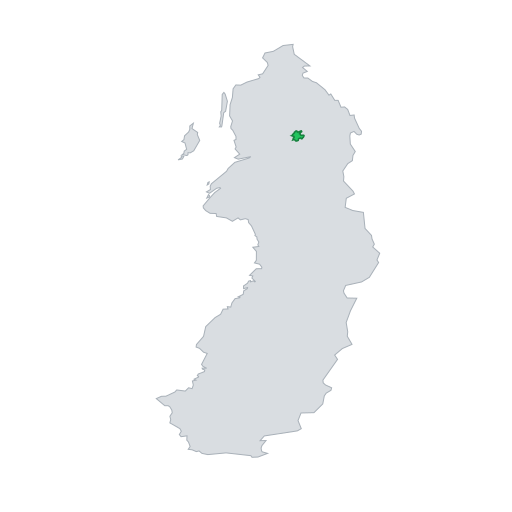 Skövde, Västra Götaland, Sweden shown in context, rotated 162°
{"feature_id": "70781695B28625719623637", "entity_name": "Skövde", "entity_type": "district", "adm_level": 2, "iso_a3": "SWE", "parent_name": "Sweden", "parent_adm1": "Västra Götaland", "projection": "natural_earth1", "projection_center": [13.916, 58.441], "detail": "fine", "context": "in_parent", "style": "filled", "palette": "green", "viewbox_px": 512, "rotation_deg": 162, "n_neighbors": 0, "source": "geoboundaries", "source_scale": "gbopen_adm2", "svg_char_len": 4761}
<svg xmlns="http://www.w3.org/2000/svg" viewBox="0 0 512 512"><g transform="rotate(162 256 256)"><path d="M122.5,340.6L124.3,344.2L128.2,343.8L129.7,341.1L131.7,333.3L129.3,324.7L132.7,321.7L134.9,316.9L140.2,315.5L147.2,310.0L147.9,304.4L149.6,300.2L143.7,287.7L143.2,284.6L152.3,283.0L156.2,274.7L150.0,269.4L140.4,264.3L143.8,248.5L139.8,239.9L140.4,236.3L139.8,230.7L142.2,228.5L137.5,220.4L142.2,214.8L141.4,211.9L154.8,200.7L163.6,198.7L179.8,200.3L183.6,195.9L183.8,193.5L182.3,187.9L173.2,184.7L183.1,174.7L190.8,164.9L192.2,155.5L194.0,151.5L192.0,142.3L202.5,141.3L211.8,137.5L210.4,132.5L230.7,117.3L231.3,114.6L229.8,111.9L224.8,107.3L226.2,105.1L231.6,103.9L234.3,101.8L238.2,94.7L249.3,89.1L261.7,92.8L266.9,86.5L266.3,77.8L270.7,76.9L303.7,82.3L309.2,79.1L303.5,77.4L308.9,73.9L310.5,71.8L310.9,69.2L310.7,67.9L306.0,64.7L316.3,64.2L322.0,65.8L322.6,67.7L345.3,78.0L363.2,82.0L368.4,85.0L370.4,88.2L373.2,88.4L376.6,91.4L380.2,93.1L377.5,95.2L377.7,100.0L378.7,102.2L377.2,106.3L383.1,107.3L384.1,109.9L381.2,112.4L381.7,115.3L389.5,123.9L387.7,126.7L387.4,130.2L384.1,132.8L383.7,135.5L384.5,139.0L385.7,140.7L389.0,141.8L394.9,151.2L389.3,151.8L385.0,150.5L375.2,151.7L372.8,153.1L365.0,149.4L360.8,151.5L357.8,149.6L355.5,152.6L355.1,156.8L351.5,156.5L352.9,158.0L348.1,158.6L347.8,159.3L348.8,160.3L347.4,161.6L340.8,162.0L339.9,163.4L341.9,165.0L341.9,166.0L337.6,164.5L340.6,167.5L341.3,169.7L332.5,178.4L335.6,180.7L338.3,185.7L341.1,187.9L340.0,190.2L330.7,195.8L325.6,204.4L313.9,210.1L307.7,211.5L303.7,215.6L299.0,214.3L298.9,216.7L295.8,215.2L293.4,218.8L289.1,221.9L284.4,221.3L283.9,221.9L285.4,222.7L280.0,223.5L278.4,226.7L274.4,227.6L273.8,228.6L277.9,228.8L277.1,231.4L272.5,232.7L270.8,234.4L268.8,234.3L269.2,233.1L266.1,233.1L265.1,231.7L264.5,232.0L266.7,236.3L265.2,238.0L268.1,239.6L259.7,243.8L254.6,242.2L253.9,243.5L255.1,247.1L259.6,249.9L257.0,251.8L254.2,260.2L256.3,265.3L250.4,264.2L250.8,266.1L249.0,268.4L249.8,271.7L249.3,273.9L250.7,275.8L249.9,276.8L251.0,286.0L252.7,290.0L252.2,293.1L254.6,294.8L259.7,295.2L261.3,297.8L267.7,296.3L272.4,301.4L281.2,305.8L280.8,308.7L286.5,310.8L289.8,314.7L291.2,318.0L290.8,320.0L282.2,325.4L275.6,329.1L268.8,331.3L269.1,332.2L272.5,332.6L280.8,330.0L283.3,332.3L278.8,333.3L278.0,336.5L276.1,338.5L257.8,345.7L255.4,347.9L247.2,351.6L232.4,351.3L230.2,352.1L243.0,353.6L246.1,356.2L240.0,357.9L242.8,364.3L241.2,365.8L241.2,372.8L239.0,373.0L238.1,375.9L239.3,382.9L240.4,384.9L240.0,386.9L236.6,391.7L237.8,397.4L233.9,407.9L229.5,414.0L226.1,422.1L222.3,424.9L217.7,423.2L210.9,424.2L198.5,423.9L197.0,424.7L197.9,427.6L193.4,427.2L185.6,433.5L185.4,436.5L188.5,442.4L184.7,446.3L176.3,445.3L165.2,447.8L155.3,445.8L156.5,443.8L157.3,436.0L146.0,420.1L151.3,421.7L153.5,420.9L150.2,415.7L154.8,415.4L156.2,413.5L155.4,410.5L151.7,409.2L148.4,404.6L145.0,402.1L139.0,392.8L136.9,386.4L134.8,387.0L133.0,379.7L129.8,378.6L129.2,371.2L125.7,370.4L123.5,367.0L123.2,360.6L119.1,359.8L119.7,356.7L118.4,345.5L117.1,342.0L118.3,339.4L120.5,339.2L122.5,340.6ZM294.8,375.2L292.9,375.9L291.9,377.9L289.0,378.9L288.6,385.4L291.3,387.9L288.6,388.9L286.8,392.4L281.8,394.7L279.8,396.9L278.8,400.1L274.5,401.7L277.5,397.0L273.3,391.5L274.3,389.6L273.8,383.3L282.7,375.3L286.8,374.4L288.7,375.3L289.4,373.3L290.7,372.9L294.8,375.2ZM238.2,420.1L236.0,421.5L235.3,419.5L235.4,412.0L240.2,403.0L242.4,402.3L248.3,390.2L248.9,389.4L251.0,390.1L249.5,391.3L249.6,393.4L245.9,399.9L244.9,404.1L243.6,405.1L238.2,420.1ZM296.5,372.7L296.1,374.5L293.9,373.0L296.0,371.0L300.4,371.5L296.5,372.7ZM284.9,326.3L282.2,329.1L281.6,328.0L282.1,326.6L284.9,326.3ZM279.0,340.8L277.6,341.0L278.6,339.1L280.5,338.6L279.0,340.8Z" fill="#d9dde1" stroke="#a8b0b8" stroke-width="1"/><path d="M181.3,361.8L181.3,361.5L181.7,361.1L182.6,360.7L183.3,360.4L183.8,360.2L184.1,359.6L184.5,359.3L184.8,359.3L184.3,358.9L183.7,358.5L183.1,358.2L183.1,357.8L182.9,357.5L183.0,357.0L184.1,356.6L184.3,356.2L184.6,355.7L184.8,355.3L185.1,355.0L183.8,355.0L183.6,354.7L183.0,354.1L182.8,353.3L182.3,352.9L181.6,352.8L180.8,352.8L180.1,352.9L180.0,353.1L179.8,353.4L179.5,354.1L179.1,354.4L178.3,354.5L177.3,354.5L177.1,354.5L176.8,354.0L176.7,353.5L176.2,353.3L175.6,353.4L175.4,353.7L175.2,354.0L174.8,354.1L174.7,354.2L174.2,354.3L173.9,354.7L173.6,355.0L173.2,355.4L173.1,355.8L173.3,356.1L173.7,356.3L174.4,356.5L174.8,356.6L175.4,356.7L175.9,356.9L176.3,357.4L176.2,358.0L176.2,358.4L176.3,358.4L176.9,358.8L176.8,359.1L176.2,359.6L175.2,359.7L174.7,359.9L174.1,360.1L174.1,360.6L174.2,361.0L175.1,361.1L175.7,360.9L176.4,361.0L177.4,360.8L178.3,361.0L178.3,361.3L178.4,362.0L178.9,362.4L179.2,362.6L179.4,362.5L180.0,362.3L180.7,362.0L181.3,361.8Z" fill="#22c55e" stroke="#15803d" stroke-width="1.5"/></g></svg>